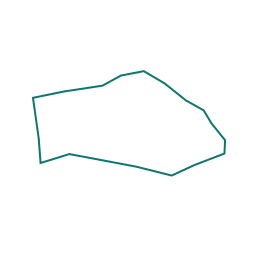 Marupes, Robinson projection, rotated 17°
{"feature_id": "LVA-5771", "entity_name": "Marupes", "entity_type": "Municipality", "adm_level": 1, "iso_a3": "LVA", "parent_name": "Latvia", "parent_adm1": "", "projection": "robinson", "projection_center": [23.953, 56.883], "detail": "fine", "context": "isolated", "style": "outline", "palette": "teal", "viewbox_px": 256, "rotation_deg": 17, "n_neighbors": 0, "source": "natural_earth", "source_scale": "10m", "svg_char_len": 367}
<svg xmlns="http://www.w3.org/2000/svg" viewBox="0 0 256 256"><g transform="rotate(17 128 128)"><path d="M126.5,69.0L150.1,74.7L175.4,84.7L195.2,89.0L206.4,99.1L224.4,111.3L227.7,124.2L202.6,143.8L183.6,160.7L146.9,162.6L79.5,170.1L54.6,187.0L45.8,164.4L28.3,126.9L56.1,111.8L91.3,94.9L105.9,79.9L126.5,69.0Z" fill="none" stroke="#0f766e" stroke-width="2"/></g></svg>